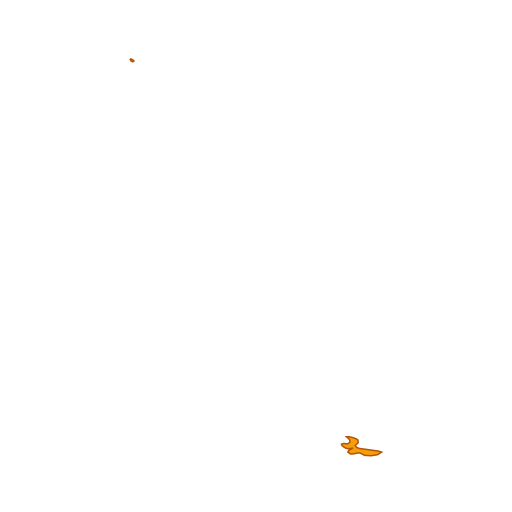 the state/province of Yap, rotated 246°
{"feature_id": "FSM-4943", "entity_name": "Yap", "entity_type": "state/province", "adm_level": 1, "iso_a3": "FSM", "parent_name": "Federated States of Micronesia", "parent_adm1": "", "projection": "albers", "projection_center": [138.567, 9.594], "detail": "fine", "context": "isolated", "style": "filled", "palette": "amber", "viewbox_px": 512, "rotation_deg": 246, "n_neighbors": 0, "source": "natural_earth", "source_scale": "10m", "svg_char_len": 619}
<svg xmlns="http://www.w3.org/2000/svg" viewBox="0 0 512 512"><g transform="rotate(246 256 256)"><path d="M49.1,259.9L47.1,263.2L47.6,265.9L50.0,266.9L54.1,265.1L53.2,267.3L51.0,270.3L48.4,273.0L46.4,274.3L43.8,273.4L42.4,269.4L40.0,270.3L38.2,272.1L28.0,288.5L25.8,291.0L25.0,286.4L26.7,279.9L29.7,274.1L32.9,271.6L34.2,270.2L35.8,263.9L36.7,261.8L39.5,260.2L40.6,261.5L41.2,266.5L41.5,264.7L42.1,262.8L42.9,261.1L43.9,259.9L45.5,258.7L47.7,257.5L49.3,257.5L49.1,259.9ZM483.5,222.5L484.9,221.2L486.7,221.0L487.0,221.7L485.5,223.1L483.8,223.8L483.5,222.5Z" fill="#f59e0b" stroke="#b45309" stroke-width="1.5"/></g></svg>